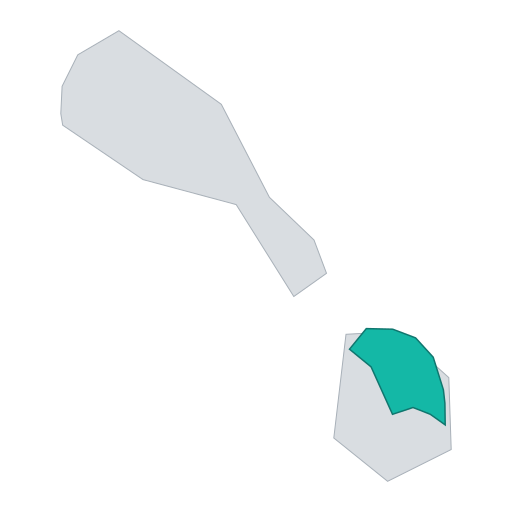 location of Saint James Windward within Saint Kitts and Nevis
{"feature_id": "KNA-5103", "entity_name": "Saint James Windward", "entity_type": "Parish", "adm_level": 1, "iso_a3": "KNA", "parent_name": "Saint Kitts and Nevis", "parent_adm1": "", "projection": "natural_earth1", "projection_center": [-62.57, 17.171], "detail": "fine", "context": "in_parent", "style": "filled", "palette": "teal", "viewbox_px": 512, "rotation_deg": 0, "n_neighbors": 0, "source": "natural_earth", "source_scale": "10m", "svg_char_len": 584}
<svg xmlns="http://www.w3.org/2000/svg" viewBox="0 0 512 512"><path d="M326.5,273.3L293.8,296.5L236.2,204.6L143.0,179.6L62.7,125.2L60.8,113.6L62.1,86.3L77.8,54.8L118.9,30.7L221.3,104.3L269.4,197.3L314.0,240.0L326.5,273.3ZM451.2,449.5L387.6,481.3L333.8,438.0L346.0,334.3L397.4,331.4L448.8,377.6L451.2,449.5Z" fill="#d9dde1" stroke="#a8b0b8" stroke-width="1"/><path d="M349.5,349.2L366.3,328.6L392.7,329.2L415.6,337.9L433.2,357.2L443.4,389.8L444.9,403.2L445.2,424.9L430.3,414.3L413.0,407.5L392.5,414.3L371.1,366.9L349.5,349.2Z" fill="#14b8a6" stroke="#0f766e" stroke-width="1.5"/></svg>